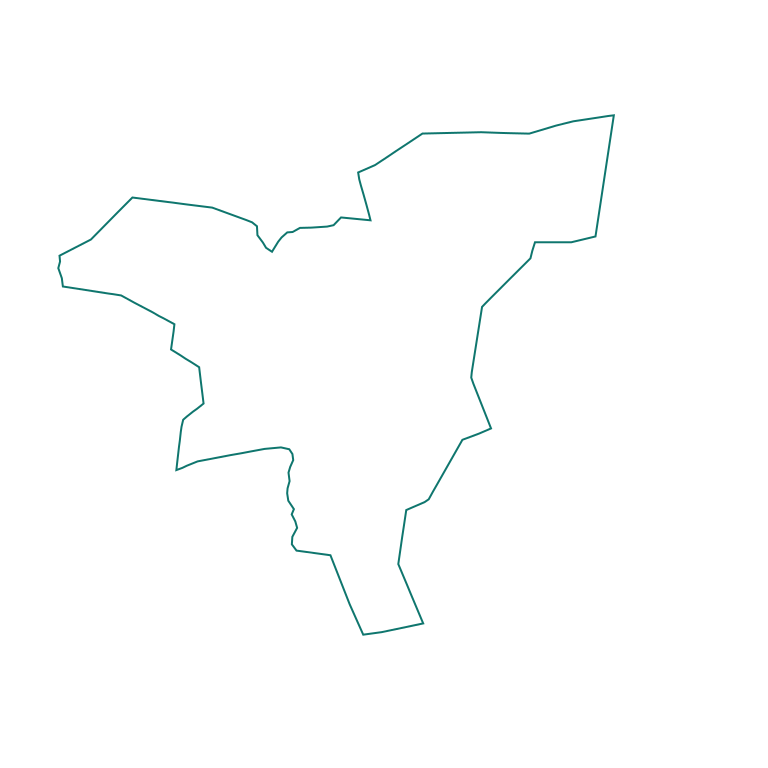 Picos, Piauí, Brazil (Albers equal-area conic projection), rotated 76°
{"feature_id": "56859067B73574767858251", "entity_name": "Picos", "entity_type": "district", "adm_level": 2, "iso_a3": "BRA", "parent_name": "Brazil", "parent_adm1": "Piauí", "projection": "albers", "projection_center": [-41.518, -7.049], "detail": "fine", "context": "isolated", "style": "outline", "palette": "teal", "viewbox_px": 768, "rotation_deg": 76, "n_neighbors": 0, "source": "geoboundaries", "source_scale": "gbopen_adm2", "svg_char_len": 1796}
<svg xmlns="http://www.w3.org/2000/svg" viewBox="0 0 768 768"><g transform="rotate(76 384 384)"><path d="M417.3,606.3L416.6,599.9L415.6,595.1L414.0,583.6L415.9,549.8L416.7,538.9L417.2,529.9L418.1,515.5L420.6,499.3L424.4,491.7L429.8,489.8L435.9,490.5L441.8,495.1L446.9,498.1L455.4,499.1L461.9,502.8L466.6,504.4L474.1,505.1L483.6,501.7L488.2,505.1L495.9,503.3L502.6,503.1L510.1,509.9L517.3,512.2L524.5,509.2L526.6,503.9L537.2,477.4L589.4,470.6L622.2,464.8L624.2,446.4L625.8,403.9L593.5,408.9L585.4,410.1L562.2,413.7L536.7,403.3L526.9,399.2L511.7,392.9L510.7,387.0L508.4,373.1L506.7,368.5L499.9,362.2L494.7,357.2L457.1,321.4L455.1,303.7L453.0,290.9L443.1,292.2L405.4,297.2L398.9,297.8L393.6,295.9L332.9,270.2L330.5,266.4L326.6,260.0L311.8,235.4L297.5,211.5L290.7,207.9L283.0,203.2L291.8,167.9L292.0,143.1L178.9,96.0L178.2,101.6L177.4,110.4L175.4,131.6L174.9,136.8L174.9,154.6L176.2,182.5L171.1,201.1L168.7,209.7L163.2,228.8L150.3,286.1L158.2,308.3L160.9,316.0L163.9,324.2L169.4,339.7L172.5,357.9L179.4,358.5L185.5,358.4L195.5,358.0L206.0,357.7L216.2,357.5L221.9,357.5L212.0,385.4L217.7,394.5L217.5,401.1L214.7,416.6L212.2,427.8L214.4,435.9L213.5,441.2L217.0,447.9L220.3,452.2L228.6,460.7L223.3,465.5L217.4,467.3L209.0,470.8L200.2,469.1L195.2,472.9L191.5,478.1L171.3,508.0L162.2,531.6L158.7,540.5L156.9,545.0L155.0,550.0L142.2,583.0L153.2,601.2L172.9,633.4L181.0,667.8L186.8,668.7L192.8,672.0L203.4,671.0L211.7,672.0L229.6,629.4L231.3,625.1L234.5,617.6L244.6,606.7L258.6,591.0L263.5,586.0L266.5,582.5L275.3,572.9L282.0,575.4L299.0,582.3L307.3,574.2L311.5,570.4L316.0,565.9L323.0,559.3L338.8,561.3L349.6,562.6L359.3,563.8L362.8,571.4L364.6,576.0L367.8,583.0L370.1,587.5L376.5,590.8L381.4,592.8L389.8,595.9L395.3,598.1L410.8,603.9L417.3,606.3Z" fill="none" stroke="#0f766e" stroke-width="2"/></g></svg>